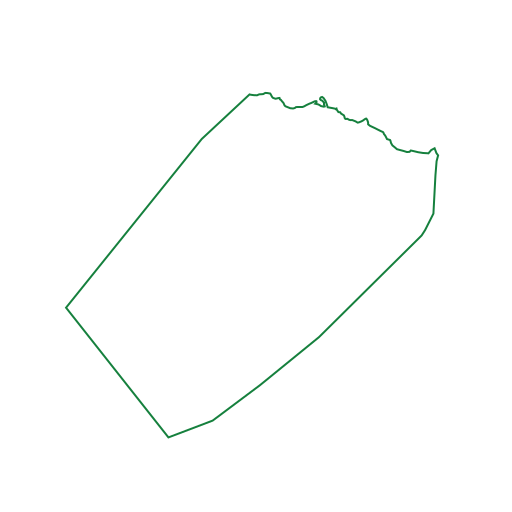 the district of Ras Sidr, Janub Sina', Egypt, rotated 129°
{"feature_id": "37247803B11741715008069", "entity_name": "Ras Sidr", "entity_type": "district", "adm_level": 2, "iso_a3": "EGY", "parent_name": "Egypt", "parent_adm1": "Janub Sina'", "projection": "robinson", "projection_center": [32.786, 29.599], "detail": "fine", "context": "isolated", "style": "outline", "palette": "green", "viewbox_px": 512, "rotation_deg": 129, "n_neighbors": 0, "source": "geoboundaries", "source_scale": "gbopen_adm2", "svg_char_len": 1756}
<svg xmlns="http://www.w3.org/2000/svg" viewBox="0 0 512 512"><g transform="rotate(129 256 256)"><path d="M415.7,371.1L452.1,209.9L411.2,186.1L353.8,171.6L279.4,156.0L135.8,140.2L129.4,140.9L111.4,144.8L80.4,167.3L68.7,175.3L63.2,177.8L62.5,180.5L59.9,185.0L63.4,186.5L67.7,186.6L68.0,187.1L68.3,187.5L68.5,187.8L70.3,190.3L70.7,190.8L73.3,195.3L75.1,199.1L76.6,202.1L78.4,202.2L80.2,204.1L81.5,207.4L83.3,211.4L84.3,213.7L84.2,216.3L84.2,219.6L83.2,222.2L81.8,224.1L81.5,224.8L82.7,227.8L81.9,229.5L81.1,231.4L80.7,233.3L79.9,234.7L79.8,235.4L80.5,238.0L81.8,244.1L83.1,249.4L83.1,251.7L81.5,253.1L80.3,255.1L79.8,256.7L80.3,257.2L81.4,257.6L83.6,258.2L85.2,258.9L87.5,260.2L88.4,261.0L88.7,263.3L89.8,266.8L90.8,267.9L91.5,269.2L91.9,271.4L93.0,272.4L93.2,273.0L92.9,274.0L92.1,274.9L91.4,276.2L91.8,279.6L91.3,281.0L91.7,281.6L92.3,282.5L91.5,285.2L90.8,286.2L91.7,286.5L91.6,287.0L93.0,289.7L95.3,293.9L93.6,296.4L91.7,299.7L90.7,303.0L90.8,304.7L91.9,305.4L93.0,305.4L93.9,304.8L94.0,303.6L93.6,302.3L93.8,301.0L94.1,299.6L95.5,298.5L96.1,297.2L96.5,296.7L97.3,297.3L98.6,299.9L98.7,301.6L99.0,303.0L100.3,305.7L99.7,305.6L99.0,305.7L98.5,305.7L98.1,305.9L97.7,306.5L98.4,307.4L99.4,308.0L99.9,308.2L102.4,309.4L103.9,310.3L107.0,311.8L109.3,312.7L110.9,313.6L112.2,315.2L114.0,317.4L115.1,318.6L116.6,319.0L118.0,320.0L119.6,322.4L121.1,327.3L121.0,328.6L120.4,329.7L119.7,331.2L119.5,332.8L119.0,335.0L119.2,336.0L118.4,337.2L119.3,338.1L120.8,339.2L121.5,339.8L122.4,342.2L122.3,343.4L121.8,344.7L121.3,345.8L120.8,347.2L122.2,349.7L123.4,351.4L124.6,351.9L125.6,352.3L126.7,353.4L128.3,355.2L129.6,355.9L130.4,356.3L132.3,358.8L133.4,360.6L134.0,361.6L134.5,362.7L199.2,371.8L415.7,371.1Z" fill="none" stroke="#15803d" stroke-width="2"/></g></svg>